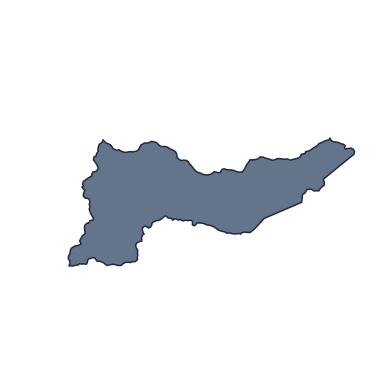 the district of Rio do Pires, Bahia, Brazil, rotated 309°
{"feature_id": "56859067B13146524318687", "entity_name": "Rio do Pires", "entity_type": "district", "adm_level": 2, "iso_a3": "BRA", "parent_name": "Brazil", "parent_adm1": "Bahia", "projection": "orthographic", "projection_center": [-42.161, -13.135], "detail": "fine", "context": "isolated", "style": "filled", "palette": "slate", "viewbox_px": 384, "rotation_deg": 309, "n_neighbors": 0, "source": "geoboundaries", "source_scale": "gbopen_adm2", "svg_char_len": 3951}
<svg xmlns="http://www.w3.org/2000/svg" viewBox="0 0 384 384"><g transform="rotate(309 192 192)"><path d="M320.6,265.4L318.7,265.4L316.5,263.9L314.7,262.9L312.5,261.8L309.3,260.1L307.0,260.3L304.5,259.2L301.7,258.4L299.2,257.8L297.2,256.8L295.1,255.0L292.7,255.4L290.2,253.2L288.0,253.9L285.7,253.5L283.1,251.6L280.4,249.6L278.5,248.2L278.0,246.0L277.0,244.4L275.2,242.8L274.3,241.0L273.3,239.2L271.4,237.2L269.3,236.1L267.7,235.0L266.9,233.5L266.2,231.3L265.1,228.9L264.3,227.0L263.7,225.1L262.4,223.0L259.4,222.4L257.4,221.1L255.2,219.0L253.5,216.8L251.7,217.1L250.1,217.2L247.7,217.3L244.5,218.0L241.9,218.4L239.1,218.4L237.6,216.7L236.4,215.1L235.7,213.3L235.2,211.4L234.2,209.2L232.7,207.1L231.3,205.3L230.4,202.5L228.9,201.3L227.1,201.1L225.2,202.0L223.7,200.5L221.8,196.6L219.2,196.0L217.3,195.2L214.7,193.1L212.6,189.5L211.9,186.5L211.0,184.5L210.6,181.7L211.4,177.3L212.2,174.5L212.2,172.2L213.2,170.5L213.1,168.0L211.6,165.6L209.8,163.9L209.2,162.0L209.3,160.0L209.6,158.4L211.2,157.1L212.9,154.1L212.8,151.5L212.0,149.1L211.7,147.1L211.5,145.0L210.7,142.9L208.9,140.5L207.8,139.2L207.7,137.4L208.1,133.3L206.3,129.4L205.2,128.1L203.1,127.5L201.7,126.2L200.6,124.6L199.0,123.8L196.2,122.7L193.8,123.3L192.0,123.5L190.1,123.7L188.3,122.8L186.9,121.5L185.4,120.2L184.6,118.5L182.4,116.8L180.4,114.7L179.4,112.1L179.0,110.4L178.9,108.5L177.2,107.5L176.6,105.8L176.0,103.4L177.1,100.6L177.3,98.7L176.9,97.0L176.0,94.2L176.5,90.2L174.3,90.9L172.5,90.5L170.6,89.9L168.3,90.8L165.9,92.1L164.4,93.5L161.8,93.7L159.6,94.8L157.8,93.8L156.2,94.4L154.8,95.3L154.5,97.3L153.8,99.3L152.9,101.7L151.6,104.3L148.9,104.6L147.2,104.3L145.0,102.3L142.5,103.1L141.0,104.0L138.7,102.9L137.1,102.3L134.9,101.8L131.9,100.9L129.2,102.0L128.4,104.1L126.7,103.5L126.1,105.1L125.9,107.6L123.6,108.3L121.6,109.1L120.2,110.6L120.0,112.7L121.1,114.4L121.7,116.6L120.0,118.8L117.4,120.2L116.4,121.9L114.1,122.8L112.4,125.2L111.4,127.2L110.5,129.3L109.7,131.7L108.0,132.7L105.6,130.7L103.2,131.3L101.5,129.9L99.1,129.6L96.8,130.7L94.8,132.5L93.8,133.8L92.3,135.0L90.7,134.9L89.1,134.3L86.7,134.8L83.4,135.4L81.8,138.5L79.8,137.7L77.8,136.3L76.5,135.1L74.6,134.3L72.7,133.7L71.0,133.9L69.4,134.6L67.6,135.8L65.2,136.2L63.5,136.9L62.3,138.1L61.1,140.9L59.5,142.2L57.3,142.8L58.4,144.6L59.8,146.3L61.9,147.6L63.5,149.4L65.6,149.8L66.3,151.3L68.0,153.1L69.4,155.3L71.5,155.0L72.9,154.0L74.7,153.8L76.4,154.7L78.1,156.0L79.7,157.6L79.0,159.7L78.4,161.9L80.3,163.6L80.7,166.0L81.5,168.2L81.2,170.4L81.4,172.3L83.2,173.5L85.6,175.5L87.0,177.4L88.0,180.1L89.4,182.1L90.8,183.4L93.3,183.5L96.0,185.1L97.5,186.9L98.3,188.5L100.3,189.7L102.4,191.8L105.0,192.2L106.9,190.5L108.9,189.6L110.7,187.6L112.6,186.5L113.5,183.9L115.3,181.5L118.2,181.2L120.7,182.6L122.5,183.8L124.1,182.0L126.0,181.1L127.5,180.5L129.0,181.3L129.9,179.3L131.7,176.7L134.2,176.1L136.0,176.7L136.6,178.4L136.6,180.8L138.4,181.8L140.6,181.6L142.9,180.5L144.9,181.1L147.1,182.3L149.1,184.0L150.9,185.0L153.1,185.4L156.1,186.0L157.2,187.3L156.7,189.6L158.5,192.3L158.1,194.9L159.8,195.1L161.2,196.6L161.5,199.0L163.6,200.5L163.3,202.1L164.2,203.5L165.7,204.4L167.0,206.6L168.6,208.2L169.7,209.4L169.0,211.3L166.7,213.0L167.1,214.9L169.3,215.6L171.0,215.3L172.1,216.6L173.7,218.8L175.2,221.5L175.6,224.0L177.1,226.3L178.1,229.2L178.8,231.7L178.9,233.6L178.9,235.8L179.5,238.0L180.5,240.5L181.8,242.9L181.8,244.9L183.6,246.5L184.3,248.4L185.4,250.3L186.8,252.3L189.1,254.4L189.9,256.3L191.7,256.4L193.6,257.6L194.8,259.5L196.0,261.2L197.2,262.7L199.6,263.2L202.6,263.8L209.6,264.3L216.8,264.7L253.0,283.7L259.9,279.4L262.1,280.4L264.2,280.2L266.2,279.7L268.3,281.6L269.3,283.6L269.7,286.3L271.2,287.9L272.7,289.8L275.0,289.6L277.4,289.6L280.6,290.5L282.9,288.6L284.6,286.0L323.3,294.1L325.7,292.9L326.7,290.6L326.3,288.1L324.1,286.0L322.0,284.1L322.6,282.5L324.5,281.8L324.3,279.4L323.2,277.2L322.7,275.0L321.8,272.9L320.2,270.9L319.6,268.1L320.6,265.4Z" fill="#64748b" stroke="#1e293b" stroke-width="1.5"/></g></svg>